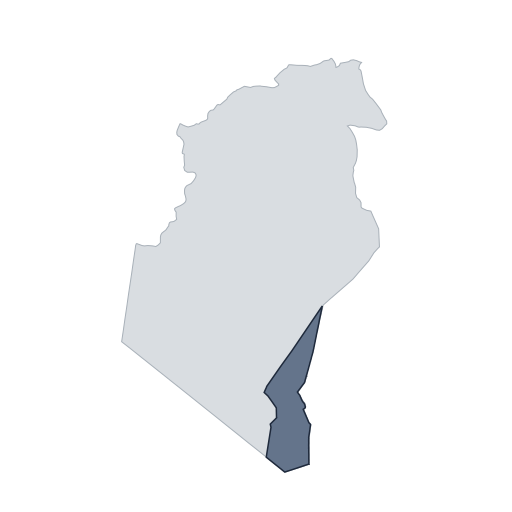 location of Tibesti Ouest, Tibesti, Chad, rotated 189°
{"feature_id": "50815135B44379234996248", "entity_name": "Tibesti Ouest", "entity_type": "district", "adm_level": 2, "iso_a3": "TCD", "parent_name": "Chad", "parent_adm1": "Tibesti", "projection": "robinson", "projection_center": [15.609, 20.194], "detail": "fine", "context": "in_parent", "style": "filled", "palette": "slate", "viewbox_px": 512, "rotation_deg": 189, "n_neighbors": 0, "source": "geoboundaries", "source_scale": "gbopen_adm2", "svg_char_len": 6664}
<svg xmlns="http://www.w3.org/2000/svg" viewBox="0 0 512 512"><g transform="rotate(189 256 256)"><path d="M375.3,150.3L375.4,162.0L375.6,173.7L375.7,185.4L375.9,197.1L376.0,208.7L376.1,220.4L376.3,232.1L376.4,243.8L376.5,247.6L376.2,249.2L376.1,249.4L375.6,249.6L370.2,248.5L367.8,248.5L364.5,249.4L359.6,249.8L356.4,249.7L354.2,251.7L352.5,254.1L353.4,259.9L353.3,261.8L352.6,263.8L351.1,265.5L349.7,266.9L348.8,268.1L347.7,270.7L346.9,271.9L347.0,273.6L346.7,275.3L345.8,276.2L343.5,276.9L342.1,277.6L340.9,278.9L340.1,279.8L340.5,281.0L341.1,282.7L341.5,285.3L341.7,286.8L342.9,288.0L343.5,288.9L343.8,290.0L343.1,290.9L340.4,292.8L339.2,293.5L338.0,294.4L337.5,294.8L335.5,296.6L334.4,298.1L333.9,299.5L334.0,301.3L335.0,304.0L336.2,306.3L336.6,308.1L336.9,310.0L336.8,311.8L336.2,313.3L335.2,314.8L331.4,317.4L329.5,320.4L328.0,323.9L327.7,325.9L328.1,327.2L328.9,328.3L330.0,328.8L331.7,329.0L334.5,328.4L337.0,328.0L339.8,329.3L341.2,332.3L340.7,334.5L341.7,338.4L342.7,343.2L342.6,344.8L343.0,345.4L344.7,345.7L345.1,346.8L344.6,355.2L345.4,357.6L346.6,359.2L347.9,360.1L349.2,361.2L349.9,362.0L351.4,362.2L353.1,363.7L353.6,365.8L353.5,367.7L352.5,372.0L351.7,374.8L350.8,374.7L348.7,373.9L346.3,373.3L343.3,372.8L340.5,374.0L337.4,375.5L336.4,376.6L335.6,377.3L334.2,377.2L333.0,377.4L332.3,378.5L331.2,379.6L326.8,382.1L325.8,383.0L325.3,383.9L325.3,384.8L325.7,386.8L325.7,389.3L324.8,391.3L323.6,392.7L322.3,393.2L321.2,393.5L320.5,394.3L318.2,398.9L317.2,399.7L315.2,399.6L309.3,406.4L308.8,408.4L306.6,411.3L303.9,414.5L301.5,416.0L301.3,416.6L300.7,417.2L299.2,417.9L294.0,421.8L287.8,421.6L285.1,423.1L282.4,423.8L278.5,424.6L277.3,424.5L272.3,424.8L266.5,424.7L264.2,425.2L262.1,426.7L260.5,428.0L260.3,428.4L260.6,429.0L260.5,429.4L264.6,432.5L265.6,434.1L264.6,435.6L264.1,435.8L263.4,437.1L261.0,440.7L257.3,444.9L255.5,446.1L254.7,446.9L253.7,449.7L253.1,450.1L250.6,450.4L245.6,450.7L238.7,451.7L234.6,452.0L232.0,451.7L228.4,453.6L227.1,454.1L226.3,454.3L222.8,456.2L219.8,459.1L218.7,459.6L214.6,460.9L212.9,462.9L212.1,463.0L209.4,460.4L207.6,458.0L206.7,455.6L206.6,454.8L206.1,454.9L204.6,456.0L203.4,457.2L202.8,459.6L198.4,461.1L194.7,462.5L193.1,464.2L190.5,465.0L187.1,464.7L184.6,464.0L182.0,463.7L183.3,461.6L183.7,460.1L183.8,458.1L183.7,456.8L182.1,456.2L181.2,455.1L179.0,449.1L176.8,442.8L173.7,436.7L170.3,432.8L167.8,430.4L167.0,430.1L165.7,429.3L164.8,428.6L160.3,424.4L155.6,419.8L154.4,417.6L152.1,414.5L149.5,411.2L148.1,409.7L147.5,407.0L149.3,404.6L151.2,401.5L153.6,399.5L156.7,399.3L161.7,400.2L167.2,400.4L172.6,399.8L174.1,399.4L175.4,399.4L178.4,400.1L183.5,400.0L186.1,398.7L183.2,396.6L180.2,393.2L177.4,389.6L175.6,386.2L174.1,381.9L172.6,376.6L171.7,369.8L171.8,365.9L172.3,363.1L173.8,358.6L172.8,355.9L173.0,353.8L172.9,350.6L172.4,349.0L170.4,343.7L170.0,343.2L168.3,339.5L167.5,333.4L165.6,329.4L162.4,327.5L160.6,325.1L159.9,320.9L158.7,319.8L153.7,318.4L149.6,318.3L146.6,313.6L142.7,307.6L139.1,302.0L136.8,290.7L135.5,284.3L137.0,282.3L140.0,277.7L143.8,268.9L152.3,255.4L156.6,248.4L165.3,238.0L176.0,225.3L181.9,218.1L182.9,205.0L183.9,191.2L184.7,180.7L185.7,168.3L186.5,157.9L187.1,150.4L187.9,139.7L188.6,137.6L192.7,129.2L193.1,128.1L192.3,126.7L186.4,119.6L184.5,118.0L183.5,114.3L185.0,112.2L177.9,100.2L176.1,98.8L175.3,97.3L175.3,95.1L175.1,86.9L173.3,73.9L170.8,58.7L179.1,54.4L185.4,51.2L193.5,47.0L201.0,51.3L211.8,57.5L222.6,63.7L233.5,69.8L244.3,76.0L255.2,82.2L266.0,88.4L276.9,94.6L287.8,100.8L298.7,107.0L309.6,113.2L320.6,119.4L331.5,125.6L342.4,131.8L353.4,138.0L364.3,144.2L375.3,150.3Z" fill="#d9dde1" stroke="#a8b0b8" stroke-width="1"/><path d="M214.4,58.9L193.8,47.1L171.3,58.7L171.2,58.7L171.3,58.9L171.4,59.5L171.5,60.5L171.8,61.8L171.8,62.2L171.9,62.7L171.9,62.8L172.1,63.8L172.3,65.1L172.4,65.7L172.8,68.3L173.1,69.9L173.4,71.6L173.8,74.2L173.9,74.8L174.0,74.8L174.0,75.1L174.0,75.3L174.4,77.3L174.5,78.1L174.5,78.3L174.6,78.6L174.6,79.2L175.0,81.3L175.3,83.2L175.3,83.3L175.4,84.3L175.5,84.6L175.6,85.1L175.6,85.4L175.6,85.8L175.6,87.9L175.6,88.4L175.6,88.9L175.6,90.1L175.6,90.6L175.6,90.9L175.6,91.1L175.7,94.5L175.7,97.1L175.7,97.5L175.7,98.1L175.8,98.2L177.4,99.4L177.8,99.7L177.9,99.9L177.9,100.0L178.0,100.2L178.5,100.9L178.7,101.3L179.0,101.7L179.2,102.1L179.3,102.2L179.5,102.6L180.3,103.9L180.6,104.3L180.8,104.6L181.3,105.4L181.5,105.8L181.7,106.1L181.9,106.4L182.0,106.5L182.2,106.8L182.5,107.4L183.0,108.1L184.7,110.8L185.4,112.0L184.7,112.6L184.3,113.0L184.1,113.2L183.9,113.4L183.7,113.7L183.7,113.9L183.6,114.1L183.7,114.5L183.7,114.8L183.8,114.8L183.8,115.0L184.1,115.7L184.3,116.2L184.4,116.4L184.6,116.9L185.1,117.6L185.7,118.3L186.3,118.7L187.0,119.4L187.7,120.2L188.1,120.7L188.4,121.1L188.5,121.3L188.7,121.6L189.1,122.3L189.7,123.2L189.7,123.3L190.1,123.8L190.2,124.0L190.7,124.8L190.8,125.1L191.3,125.6L192.1,126.3L193.5,127.7L193.6,127.8L193.8,128.1L193.7,128.2L193.5,128.7L192.0,131.6L191.9,131.7L191.5,132.5L190.2,135.0L190.0,135.4L189.0,137.2L188.5,138.2L188.4,138.4L188.3,138.5L188.2,139.2L188.1,139.5L188.1,139.8L188.0,141.3L188.0,141.5L187.9,141.8L187.8,142.8L187.8,143.0L187.7,143.1L187.7,143.3L187.7,143.5L187.7,143.9L187.6,144.7L187.5,145.2L187.5,145.4L187.4,145.4L187.5,145.6L187.4,145.9L187.4,146.1L187.3,146.3L187.4,146.5L187.3,147.2L187.2,147.9L187.1,149.0L187.0,149.6L187.0,149.8L186.9,150.8L186.8,151.2L186.6,152.9L186.6,153.3L186.5,153.6L186.5,153.8L186.5,154.5L186.4,154.9L186.1,157.5L186.1,157.8L186.0,158.4L186.1,158.6L186.0,159.1L185.7,160.9L185.7,161.0L185.7,161.3L185.7,161.5L185.6,162.3L185.5,162.5L185.4,164.1L185.4,164.3L185.2,166.2L185.1,166.5L185.1,166.8L185.0,167.6L184.9,168.6L184.8,169.3L184.8,169.5L184.7,169.8L184.7,170.1L184.7,170.4L184.7,170.9L184.6,172.8L184.5,173.4L184.5,173.5L184.5,173.9L184.5,174.2L184.5,174.9L184.4,176.1L184.4,176.7L184.4,177.5L184.2,180.8L184.2,181.2L184.2,181.9L184.1,183.9L184.1,184.0L184.0,185.7L184.0,187.3L183.9,189.4L183.8,190.7L183.8,191.5L183.8,191.8L183.8,192.6L183.7,192.6L183.7,193.3L183.7,193.5L183.7,194.0L183.6,194.7L183.6,194.8L183.6,195.7L183.5,196.9L183.6,197.1L183.6,197.3L183.5,197.7L183.4,199.7L183.4,199.8L183.4,200.0L183.4,200.5L183.3,203.9L183.2,205.6L183.1,207.2L183.1,207.5L183.1,208.1L183.0,208.9L183.0,209.4L183.0,209.6L183.0,210.4L183.0,210.8L183.0,211.2L182.9,211.5L182.9,212.0L182.9,213.0L182.8,213.4L182.8,213.7L182.8,214.6L182.8,215.0L182.8,215.5L182.8,216.0L182.7,216.3L182.7,216.5L182.7,217.0L183.0,216.4L205.7,168.0L214.3,151.0L225.0,128.9L225.2,127.8L225.2,127.6L225.7,126.0L226.6,122.5L222.3,119.6L217.0,114.2L212.2,109.2L210.5,99.8L210.3,99.5L215.6,92.2L214.4,89.1L214.4,80.2L214.4,58.9Z" fill="#64748b" stroke="#1e293b" stroke-width="1.5"/></g></svg>